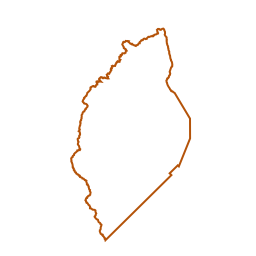 the district of Malargüe, Mendoza, Argentina, rotated 45°
{"feature_id": "61730980B71777653725604", "entity_name": "Malargüe", "entity_type": "district", "adm_level": 2, "iso_a3": "ARG", "parent_name": "Argentina", "parent_adm1": "Mendoza", "projection": "robinson", "projection_center": [-70.089, -36.132], "detail": "fine", "context": "isolated", "style": "outline", "palette": "amber", "viewbox_px": 256, "rotation_deg": 45, "n_neighbors": 0, "source": "geoboundaries", "source_scale": "gbopen_adm2", "svg_char_len": 5648}
<svg xmlns="http://www.w3.org/2000/svg" viewBox="0 0 256 256"><g transform="rotate(45 128 128)"><path d="M191.1,119.2L179.3,91.5L165.2,77.5L136.1,70.2L134.9,70.6L133.7,70.6L133.3,71.0L132.6,70.9L132.3,71.3L131.2,70.9L130.5,71.0L129.7,70.6L127.7,70.2L125.9,69.7L124.2,68.9L123.6,68.4L122.9,68.3L121.5,67.2L121.4,66.0L120.8,65.5L120.7,65.1L121.0,64.7L120.9,64.3L121.1,64.1L120.9,63.0L120.4,62.7L120.1,62.1L120.0,61.6L120.2,61.3L120.0,60.6L119.2,59.5L118.5,59.3L118.2,58.9L117.7,58.8L115.7,54.7L115.8,54.2L115.4,53.5L115.6,53.1L114.5,51.8L113.9,51.5L113.5,51.0L111.9,50.1L110.7,49.9L110.0,49.2L109.3,49.1L108.6,48.7L106.3,46.9L105.8,46.9L104.7,46.3L104.4,45.9L104.1,45.9L103.0,44.7L101.4,44.2L100.5,43.3L99.8,43.1L99.2,42.4L98.9,42.4L98.2,41.8L96.8,41.4L95.9,40.6L95.3,40.5L94.5,39.6L94.0,39.4L93.2,38.6L93.2,38.2L92.5,37.9L91.2,36.6L90.0,36.6L88.0,36.1L87.5,35.1L86.1,33.8L84.6,33.3L83.9,32.8L82.8,32.7L82.1,33.6L81.9,34.6L81.7,34.9L81.8,35.4L81.1,35.9L80.6,35.8L79.9,36.0L79.1,36.8L79.1,38.1L79.6,38.2L80.0,38.7L80.5,38.8L80.8,39.3L82.2,39.6L82.4,40.0L81.9,40.5L82.0,40.9L81.6,42.2L81.3,42.4L80.7,43.5L80.9,44.0L80.6,44.6L80.9,44.8L80.9,45.1L80.5,45.1L80.1,45.5L80.2,46.2L79.5,46.6L78.6,48.7L77.9,49.1L77.9,51.4L78.1,51.7L77.9,51.8L77.7,52.6L76.6,53.0L76.5,53.3L76.1,53.7L76.0,54.4L76.3,54.9L76.3,55.6L75.6,56.1L75.4,56.6L75.7,57.7L75.5,58.9L76.4,59.8L75.7,60.7L76.2,62.2L75.6,63.2L75.7,63.4L75.4,64.3L75.5,64.5L75.2,64.7L74.7,64.5L73.9,65.2L72.8,65.4L71.9,66.1L71.3,66.2L71.1,65.8L70.1,66.7L68.1,66.6L67.6,66.9L67.2,66.7L67.1,66.1L66.6,66.4L65.7,67.2L65.4,67.7L64.8,68.1L65.1,68.8L65.0,69.3L64.6,69.8L64.5,70.3L64.2,70.3L64.3,70.8L64.0,70.9L64.9,73.0L67.9,73.8L68.3,74.4L68.6,74.5L70.3,73.9L70.7,74.4L71.5,74.1L72.3,74.3L72.1,74.6L72.2,75.2L73.1,76.6L72.7,77.3L72.8,77.7L71.2,79.1L71.6,80.2L72.0,80.5L71.8,81.0L71.4,81.1L71.2,81.4L72.2,82.1L72.3,82.7L71.6,83.0L71.5,83.8L73.4,85.5L74.0,85.6L74.4,85.3L74.9,86.9L75.9,87.6L74.8,87.3L74.4,87.5L74.2,88.0L73.5,87.9L73.4,88.2L73.8,89.3L73.5,89.5L73.6,90.2L73.9,90.4L74.3,91.7L74.2,92.0L74.6,92.4L75.0,93.2L74.5,93.6L74.0,94.7L73.1,94.8L72.8,95.6L73.5,95.9L73.7,96.6L74.3,97.1L73.8,97.7L74.2,98.6L74.9,98.7L74.8,98.9L75.1,99.2L75.5,99.5L75.6,100.6L75.9,100.9L75.8,101.9L76.2,102.3L76.4,102.7L76.4,103.1L75.7,103.3L75.5,103.8L75.2,103.9L75.4,104.6L75.3,105.3L76.0,105.5L76.4,106.1L77.1,106.1L77.6,105.8L78.3,106.8L79.0,106.9L78.6,107.4L78.1,107.5L77.5,108.2L76.8,108.5L76.5,108.9L75.8,108.8L75.3,109.3L75.2,110.5L74.7,110.7L73.8,110.5L72.9,111.1L73.0,111.7L72.8,112.0L72.9,112.5L72.7,113.0L72.8,113.6L73.5,113.8L73.5,114.2L76.1,114.3L75.4,114.8L75.3,115.1L74.9,115.3L74.6,116.1L73.9,116.2L73.2,116.7L73.2,117.0L72.9,117.4L73.1,117.8L74.1,118.2L74.7,118.1L75.3,118.6L75.5,118.9L75.2,119.1L75.1,119.5L75.2,120.9L75.8,121.5L75.8,121.9L75.7,122.1L74.9,122.4L74.8,122.7L73.9,122.7L73.6,123.0L73.2,124.2L73.2,125.1L72.8,125.5L72.8,125.8L73.3,126.1L73.3,126.5L74.2,127.1L74.5,129.3L74.4,132.0L75.0,132.8L75.2,133.5L75.6,134.0L75.8,134.6L75.6,134.9L75.8,135.2L75.6,136.0L75.7,137.0L75.6,137.5L75.9,137.6L75.8,137.9L76.3,138.6L76.3,139.4L77.1,141.3L77.3,141.4L78.2,141.5L78.8,141.3L79.5,141.7L80.2,141.4L81.1,140.7L81.8,140.5L82.6,140.5L83.1,140.8L83.6,140.7L83.9,141.0L84.3,141.6L84.4,143.6L84.8,144.1L84.8,144.6L84.5,145.0L84.8,145.4L84.9,146.2L85.4,147.2L84.9,148.0L85.1,149.2L85.8,150.2L86.1,151.7L87.5,152.9L87.8,153.6L88.5,154.1L88.9,155.4L89.4,155.7L89.5,157.0L89.8,157.1L90.4,158.0L91.0,158.0L91.5,159.0L92.2,159.7L92.3,160.4L92.7,160.8L93.0,161.6L93.2,161.8L93.7,162.7L94.5,162.9L94.9,163.1L94.8,163.6L95.4,164.0L95.4,165.1L96.8,165.0L98.1,165.9L98.5,166.3L98.4,166.5L98.9,166.9L99.1,168.3L100.2,168.9L100.4,169.4L100.5,169.7L100.0,171.0L100.3,171.5L102.1,172.7L102.6,172.6L102.9,172.8L103.4,174.2L104.2,175.1L105.9,175.3L107.1,175.9L107.8,176.6L109.2,176.7L109.6,177.7L108.5,178.7L108.5,179.3L108.1,179.7L108.6,180.2L108.3,180.7L108.4,182.1L108.2,182.8L108.3,184.6L109.0,185.3L108.7,186.7L109.3,187.5L109.1,187.7L109.3,188.6L109.1,188.9L109.5,189.9L111.0,190.9L111.1,191.3L111.8,191.9L112.5,191.9L113.4,192.5L114.2,192.8L116.3,194.3L116.4,194.7L117.0,194.7L117.4,195.1L117.8,194.9L118.7,195.2L119.2,196.0L120.0,196.1L120.4,195.8L121.2,196.5L122.3,196.6L122.8,196.2L123.6,196.8L124.1,196.7L124.7,196.5L125.3,196.6L125.7,196.4L125.8,196.1L126.7,196.1L127.2,195.8L127.6,195.8L127.7,196.4L128.4,196.3L128.7,196.6L129.0,196.5L130.1,195.8L130.8,195.7L131.5,196.0L132.4,195.2L134.2,195.4L134.3,195.1L135.0,194.8L135.4,194.9L135.9,194.7L136.4,195.5L137.6,195.9L138.7,196.9L138.9,196.9L139.4,196.5L139.7,196.8L139.9,196.6L140.4,196.9L141.3,197.0L141.7,197.2L141.8,197.6L143.1,198.2L143.5,198.6L144.3,198.9L145.0,198.7L145.7,199.7L147.0,199.9L148.5,202.0L148.3,202.6L148.5,202.9L147.9,204.3L148.2,205.2L147.9,205.8L148.0,206.2L148.5,206.5L148.1,207.2L148.6,208.5L149.1,208.7L149.2,209.3L149.8,209.3L150.4,209.8L151.1,209.7L151.5,210.2L152.0,210.1L152.3,209.8L152.8,209.8L154.5,210.3L155.3,210.0L155.5,210.2L156.4,210.3L156.8,210.4L157.5,211.2L157.8,211.2L157.7,211.5L157.9,211.7L158.4,211.4L158.9,210.9L160.6,210.8L162.4,209.4L163.3,209.3L164.3,210.3L166.0,210.9L166.2,211.9L166.8,212.4L167.1,213.5L166.9,213.9L167.1,214.4L169.1,214.7L170.5,214.7L171.2,214.2L171.8,214.2L173.2,215.1L173.9,215.3L175.2,214.9L175.9,215.0L176.6,215.5L177.3,215.1L177.6,215.1L178.2,215.9L178.9,217.5L180.2,218.9L180.5,219.9L180.4,220.2L181.2,221.1L183.5,222.1L185.0,221.8L185.3,221.3L185.7,221.3L185.9,221.5L185.9,222.0L187.0,222.1L187.5,221.9L188.6,222.3L189.1,222.1L189.5,222.5L190.0,222.4L190.2,222.9L190.6,222.8L191.4,223.3L192.0,130.6L189.5,130.6L189.6,119.2L191.1,119.2Z" fill="none" stroke="#b45309" stroke-width="2"/></g></svg>